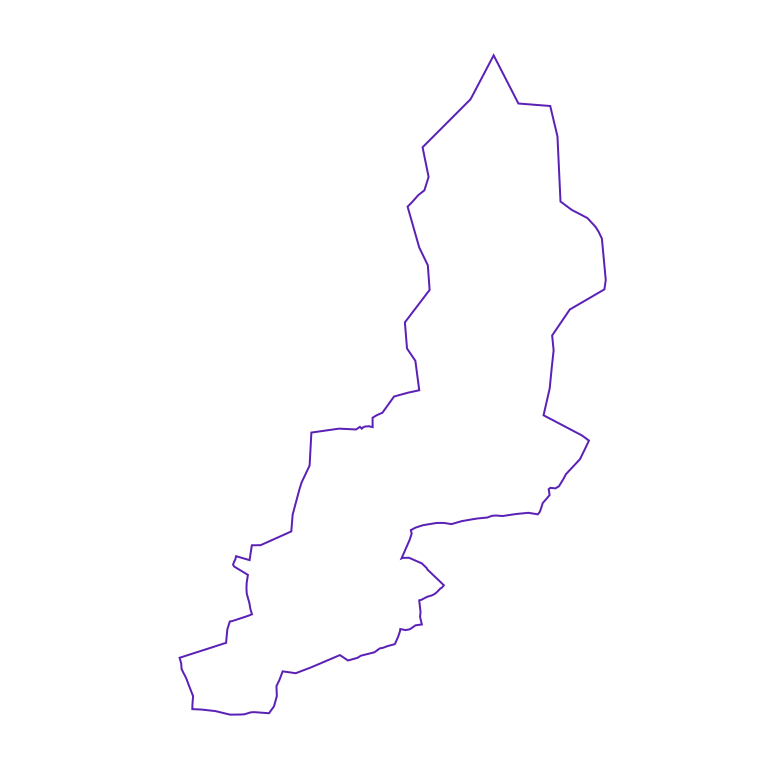 the district of Dunukofia, Anambra, Nigeria, rotated 354°
{"feature_id": "59680162B76413580563978", "entity_name": "Dunukofia", "entity_type": "district", "adm_level": 2, "iso_a3": "NGA", "parent_name": "Nigeria", "parent_adm1": "Anambra", "projection": "orthographic", "projection_center": [6.949, 6.223], "detail": "fine", "context": "isolated", "style": "outline", "palette": "violet", "viewbox_px": 768, "rotation_deg": 354, "n_neighbors": 0, "source": "geoboundaries", "source_scale": "gbopen_adm2", "svg_char_len": 2145}
<svg xmlns="http://www.w3.org/2000/svg" viewBox="0 0 768 768"><g transform="rotate(354 384 384)"><path d="M152.1,634.9L153.1,640.8L152.9,646.2L154.2,650.0L156.4,655.5L158.9,665.0L161.5,674.5L160.0,682.6L159.4,687.3L168.6,688.7L182.2,691.7L196.2,696.7L206.5,697.7L210.6,697.9L217.3,696.6L220.8,696.8L235.2,699.4L240.9,693.1L244.8,683.2L245.5,673.1L248.9,667.7L253.2,659.2L266.0,662.4L281.5,658.3L311.8,649.0L319.3,655.2L328.9,653.6L332.6,651.8L346.5,649.8L352.2,646.5L355.2,646.3L360.3,645.0L367.4,643.9L367.8,643.6L371.7,636.7L374.0,631.7L374.6,629.4L379.7,631.0L384.1,630.6L388.2,628.4L390.1,627.3L396.5,627.1L395.5,619.2L396.5,614.9L396.4,602.8L398.4,602.6L404.8,600.1L409.2,599.3L412.0,598.3L414.5,596.8L418.7,593.3L420.3,592.6L422.5,590.4L407.9,573.2L407.2,571.5L402.9,566.4L390.7,559.4L384.5,558.9L383.2,559.3L393.2,541.7L395.9,535.7L395.4,532.1L400.5,530.1L408.0,528.5L421.7,527.7L429.1,528.4L436.4,530.4L447.1,528.5L457.5,527.8L463.5,527.5L472.7,527.6L477.4,526.4L481.7,526.5L488.1,527.7L502.1,527.1L514.2,527.2L523.4,529.7L525.7,527.3L528.4,521.4L529.4,519.0L534.3,514.5L537.1,511.7L536.8,505.8L538.6,504.7L543.6,505.7L547.3,504.0L552.6,497.1L555.4,492.8L571.1,479.2L577.1,469.6L581.9,461.7L575.4,455.8L539.4,431.8L548.3,405.8L552.7,384.5L556.2,368.3L556.3,353.3L576.6,329.3L613.1,312.9L615.4,303.8L615.9,262.2L613.4,255.2L610.8,249.8L603.6,240.2L589.2,230.7L578.6,221.0L582.4,155.8L579.3,132.2L578.4,124.9L547.0,119.1L527.4,68.6L499.9,109.8L447.1,152.6L450.0,182.7L444.4,195.6L437.9,199.7L431.1,205.9L426.0,210.1L433.3,251.9L440.0,270.5L439.2,295.2L411.2,324.9L410.6,351.1L417.6,364.2L418.4,393.9L406.6,395.2L392.7,397.5L379.4,412.4L373.2,414.4L369.1,416.4L368.2,425.7L364.8,424.5L360.9,424.3L358.7,424.9L357.2,426.1L355.6,424.1L351.5,426.3L334.6,423.7L306.7,424.7L301.5,457.3L291.8,473.2L288.9,479.9L279.5,504.3L276.4,520.9L244.4,531.4L235.7,530.6L231.9,545.1L218.9,539.8L217.8,542.9L216.4,545.0L215.0,547.9L215.8,549.8L228.7,559.6L226.6,567.6L225.8,573.2L225.6,578.3L227.2,587.6L227.6,593.8L228.6,599.2L224.9,600.3L208.2,603.9L205.8,604.1L202.5,611.8L199.9,624.9L152.1,634.9Z" fill="none" stroke="#5b21b6" stroke-width="2"/></g></svg>